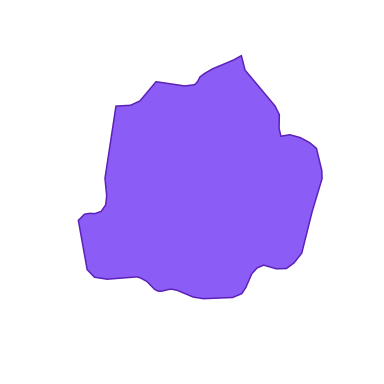 the Province of Biella, rotated 60°
{"feature_id": "ITA-5435", "entity_name": "Biella", "entity_type": "Province", "adm_level": 1, "iso_a3": "ITA", "parent_name": "Italy", "parent_adm1": "", "projection": "robinson", "projection_center": [8.102, 45.568], "detail": "fine", "context": "isolated", "style": "filled", "palette": "violet", "viewbox_px": 384, "rotation_deg": 60, "n_neighbors": 0, "source": "natural_earth", "source_scale": "10m", "svg_char_len": 851}
<svg xmlns="http://www.w3.org/2000/svg" viewBox="0 0 384 384"><g transform="rotate(60 192 192)"><path d="M216.4,62.4L238.4,68.9L245.5,72.7L268.3,97.0L299.8,127.5L304.4,139.1L305.5,148.5L300.6,157.5L295.2,162.6L291.2,166.5L290.3,173.5L292.7,181.1L301.6,193.1L304.9,199.6L303.7,209.5L290.2,235.3L283.7,243.4L269.9,253.9L266.2,257.9L264.7,261.0L262.7,268.0L260.9,270.9L257.8,273.0L246.9,275.8L240.8,279.5L238.0,282.1L225.1,309.1L217.0,319.1L206.8,321.6L159.7,304.6L157.5,296.3L159.3,291.3L162.2,286.8L163.4,280.3L159.9,273.1L152.6,267.8L136.6,260.5L79.6,214.9L86.1,202.0L87.1,191.6L78.5,168.0L96.5,145.3L100.3,136.3L99.8,133.7L98.9,131.5L96.3,127.5L95.6,121.6L95.6,112.3L98.4,90.4L98.6,81.1L113.0,85.1L159.0,77.1L168.7,77.7L180.5,84.8L188.1,87.1L191.3,78.7L198.9,71.1L208.2,65.4L216.4,62.4Z" fill="#8b5cf6" stroke="#5b21b6" stroke-width="1.5"/></g></svg>